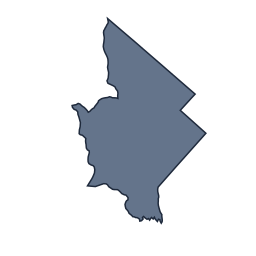 outline of Mirinzal, Maranhão, Brazil, rotated 132°
{"feature_id": "56859067B82265545295101", "entity_name": "Mirinzal", "entity_type": "district", "adm_level": 2, "iso_a3": "BRA", "parent_name": "Brazil", "parent_adm1": "Maranhão", "projection": "albers", "projection_center": [-44.795, -2.07], "detail": "fine", "context": "isolated", "style": "filled", "palette": "slate", "viewbox_px": 256, "rotation_deg": 132, "n_neighbors": 0, "source": "geoboundaries", "source_scale": "gbopen_adm2", "svg_char_len": 2242}
<svg xmlns="http://www.w3.org/2000/svg" viewBox="0 0 256 256"><g transform="rotate(132 128 128)"><path d="M188.1,77.5L189.3,75.7L189.5,73.7L189.8,72.0L190.7,70.1L190.5,67.1L190.7,64.9L189.8,63.9L189.5,62.5L188.4,61.1L188.0,58.6L189.3,56.9L187.8,55.9L185.5,55.9L184.8,57.4L183.3,57.2L183.4,55.0L183.1,52.8L181.6,52.2L182.0,50.3L180.4,50.6L178.8,50.7L178.8,48.4L176.7,48.7L177.5,46.8L177.8,43.6L175.4,44.3L174.8,43.0L175.7,41.9L176.5,39.6L174.9,39.9L173.6,40.8L172.2,42.4L170.8,44.0L169.7,44.9L169.3,46.5L168.7,48.2L166.7,51.4L165.3,53.5L163.7,55.3L162.0,56.6L160.3,58.2L158.8,58.9L157.6,60.1L156.6,61.6L155.3,63.4L153.6,65.0L151.8,66.1L123.2,66.4L120.2,66.4L79.8,66.6L79.9,101.0L66.5,100.9L63.7,100.9L57.9,100.8L58.6,138.7L58.6,140.3L59.2,170.2L59.3,177.6L60.3,216.4L62.4,213.6L63.7,212.9L65.5,212.7L67.4,212.1L68.8,211.9L70.3,211.4L71.9,211.1L73.4,210.1L74.9,208.4L75.9,207.1L77.0,205.8L80.6,203.2L82.1,202.3L84.1,200.8L85.7,198.6L86.7,196.8L87.5,195.0L88.3,192.9L89.2,190.8L90.3,189.0L92.0,187.2L93.3,186.0L94.7,185.0L96.5,183.9L98.0,182.0L99.6,179.7L101.0,178.5L104.1,176.2L105.6,175.6L107.0,175.2L108.2,172.8L107.3,170.0L106.4,167.0L106.2,164.9L107.0,163.4L107.5,160.6L108.8,158.8L111.0,157.2L112.8,155.3L113.5,156.9L114.6,158.2L116.0,159.9L116.4,161.3L117.1,162.6L119.0,163.6L120.6,165.0L122.2,166.2L123.8,167.2L125.8,167.8L127.5,168.1L129.0,167.4L134.2,167.1L135.6,166.7L137.6,167.3L139.2,167.5L141.1,167.5L142.9,168.1L142.4,169.8L142.1,172.2L142.0,174.3L142.3,175.9L142.4,177.6L142.3,179.6L143.1,181.5L145.5,182.2L146.7,183.2L148.7,184.6L149.8,183.1L150.2,180.6L149.4,178.5L149.6,176.2L151.3,174.4L152.9,171.5L155.8,167.0L159.1,164.4L161.9,162.9L164.9,160.5L164.9,159.0L163.9,157.0L164.0,152.4L166.1,150.8L167.2,149.6L168.4,148.0L169.5,146.9L170.8,145.5L171.4,143.6L171.0,141.5L172.4,140.1L174.3,139.2L176.2,138.2L178.3,136.5L179.8,135.0L180.6,133.2L180.2,130.9L179.3,128.7L179.5,127.1L181.2,124.8L183.9,122.8L187.6,121.5L189.8,120.9L198.1,119.4L193.4,113.1L185.6,108.8L184.1,106.8L183.9,105.2L184.5,103.0L184.2,100.9L183.9,98.5L183.1,97.2L180.8,94.5L180.6,92.6L180.7,90.4L180.9,88.8L180.1,86.0L179.2,84.7L179.7,81.4L181.4,80.0L183.0,80.4L184.6,80.1L186.8,79.1L188.1,77.5Z" fill="#64748b" stroke="#1e293b" stroke-width="1.5"/></g></svg>